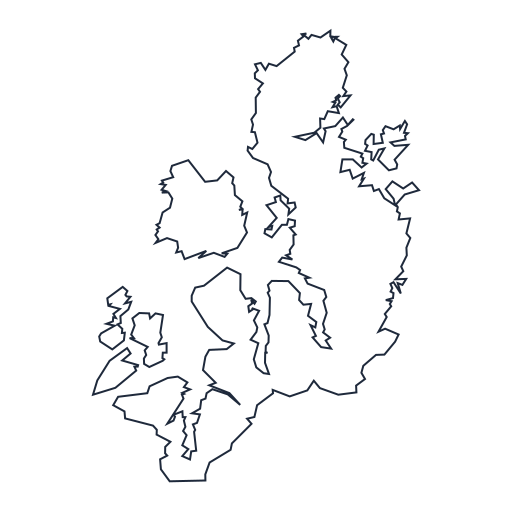 Øksnes nor, Nordland, Norway
{"feature_id": "86288312B99132950125054", "entity_name": "Øksnes nor", "entity_type": "district", "adm_level": 2, "iso_a3": "NOR", "parent_name": "Norway", "parent_adm1": "Nordland", "projection": "albers", "projection_center": [15.043, 68.874], "detail": "fine", "context": "isolated", "style": "outline", "palette": "slate", "viewbox_px": 512, "rotation_deg": 0, "n_neighbors": 0, "source": "geoboundaries", "source_scale": "gbopen_adm2", "svg_char_len": 6085}
<svg xmlns="http://www.w3.org/2000/svg" viewBox="0 0 512 512"><path d="M251.5,423.8L247.1,418.7L254.4,417.0L257.1,405.2L273.0,393.3L272.7,389.9L289.7,396.4L307.3,390.4L313.8,380.7L319.9,388.1L338.3,394.7L356.4,392.4L356.1,385.6L365.0,379.0L361.4,372.8L363.3,365.8L376.0,354.9L384.4,354.6L395.1,341.7L398.6,334.5L385.1,328.7L378.5,331.7L386.7,317.0L384.8,314.0L391.2,306.3L389.8,304.0L391.6,301.2L385.8,300.1L393.0,298.1L393.5,293.1L390.6,291.6L392.3,288.1L390.4,283.9L393.5,282.2L400.8,293.5L397.7,283.1L402.4,284.9L406.2,278.9L395.4,279.3L403.3,271.2L401.2,266.6L406.8,255.4L406.4,247.7L410.3,238.0L406.4,233.4L410.1,218.4L398.6,219.5L399.9,213.4L396.9,211.4L397.8,207.1L395.9,204.5L404.7,194.5L419.0,190.2L412.1,182.5L403.2,188.5L392.4,181.4L385.7,189.1L393.6,198.7L395.1,205.3L384.3,198.3L378.9,189.1L373.9,191.0L372.0,185.2L359.1,186.3L363.9,178.6L361.7,179.3L363.9,172.9L352.7,178.6L349.7,169.8L340.4,172.1L342.4,159.4L352.8,159.4L361.6,167.5L366.6,163.6L362.4,162.8L363.2,158.2L360.8,156.7L362.4,153.6L344.3,147.8L343.9,142.0L345.8,139.7L339.0,136.9L342.3,131.6L341.4,129.0L347.0,126.0L353.4,119.8L352.8,119.3L347.8,125.0L342.9,117.5L335.3,126.1L323.9,128.5L325.6,131.2L323.1,142.4L316.6,133.1L305.4,140.1L294.9,136.8L314.3,132.7L320.4,127.7L320.1,118.5L324.3,119.1L327.8,111.2L338.9,113.1L336.6,106.2L332.5,107.2L335.3,102.7L332.9,101.9L336.2,100.4L335.5,97.7L338.9,94.9L340.1,96.1L337.8,98.5L339.7,102.3L337.8,104.7L340.7,107.4L350.5,95.4L343.3,96.1L346.4,91.6L342.8,87.8L346.8,75.3L344.5,68.8L348.4,62.2L341.7,54.5L346.3,44.9L335.5,38.3L337.4,36.8L335.5,36.8L333.3,41.5L331.3,38.0L333.6,36.8L330.3,36.3L330.4,30.7L320.5,37.5L311.5,34.9L308.4,38.8L303.6,34.8L306.4,33.5L301.6,34.2L303.5,36.5L297.9,40.7L299.0,45.4L294.0,47.8L294.7,51.6L276.6,66.1L268.9,63.7L265.4,69.9L260.8,62.9L255.0,64.3L257.9,70.3L254.8,73.3L255.0,78.3L262.9,83.4L258.1,89.1L260.0,91.8L255.7,97.6L255.9,113.0L251.3,119.4L253.0,124.6L251.4,131.9L254.9,132.2L257.5,142.7L252.3,149.0L248.0,146.9L247.6,150.6L253.0,158.0L267.6,164.3L271.0,172.0L269.0,177.9L271.3,185.8L288.1,198.7L287.6,203.4L294.6,202.5L295.7,207.5L288.4,214.4L289.2,208.7L280.6,200.3L280.3,195.5L274.6,197.5L275.9,202.1L266.5,205.2L276.7,217.9L268.4,227.1L272.2,226.0L271.5,229.5L265.3,229.1L264.5,233.3L271.8,237.4L281.9,224.8L286.9,224.8L288.4,219.1L295.0,220.6L294.7,226.2L289.8,227.7L295.7,234.5L293.4,235.3L293.6,244.5L289.7,249.9L290.3,253.8L286.1,255.3L292.4,259.5L282.2,257.6L278.9,261.8L296.3,267.4L300.1,270.0L298.8,273.0L309.3,277.7L304.9,278.4L307.6,283.6L324.2,290.0L326.3,297.0L323.4,300.8L326.7,312.8L323.0,323.9L324.7,329.4L323.1,332.4L330.1,337.7L325.7,340.5L331.1,348.6L321.1,347.1L312.6,337.4L315.9,335.9L310.5,325.1L315.3,327.4L316.3,322.0L308.0,315.8L311.1,303.9L303.4,304.7L299.1,300.0L299.9,293.1L288.4,281.1L271.8,280.9L267.9,285.0L269.5,290.7L267.7,292.7L269.9,297.7L269.5,315.0L267.5,323.1L264.4,324.3L268.7,335.5L268.5,342.4L265.8,345.9L265.6,352.0L267.5,352.8L265.2,352.8L265.0,362.8L269.0,374.0L263.6,373.2L256.3,367.4L253.8,359.3L258.3,343.2L250.6,339.7L256.4,332.0L257.3,327.4L253.9,320.4L259.1,310.8L251.8,308.1L253.1,309.2L249.1,311.9L248.3,306.2L252.1,303.5L251.2,299.6L254.5,303.7L255.8,301.5L251.4,298.1L245.6,298.8L240.3,290.2L240.5,274.2L227.1,267.6L204.0,285.7L195.2,287.6L191.7,295.7L191.7,301.5L207.8,326.9L222.5,340.4L233.8,343.5L226.7,349.1L209.2,349.9L205.4,356.7L203.0,370.1L215.7,382.8L209.3,385.3L229.4,393.1L240.2,404.9L227.8,394.4L212.4,389.2L206.6,393.2L205.5,398.6L201.2,400.2L200.1,408.7L192.0,413.3L199.9,414.4L197.0,422.9L192.9,424.4L195.2,429.9L194.1,431.8L196.2,450.7L191.2,451.4L190.0,459.5L182.3,456.1L188.3,449.1L182.3,445.3L186.6,435.2L183.1,431.0L185.4,426.8L183.9,420.6L185.4,417.1L182.7,417.1L182.4,411.3L173.5,414.8L175.0,416.7L173.5,420.6L167.3,423.7L183.5,398.6L181.9,394.6L184.0,393.9L182.2,392.9L190.1,389.4L183.9,387.1L187.4,382.4L177.8,376.6L167.6,378.0L149.6,386.3L147.3,393.2L118.1,396.8L113.2,405.2L124.5,411.4L125.1,418.4L153.0,425.6L156.8,429.8L156.6,434.6L170.4,441.8L165.2,446.9L165.1,453.3L167.2,455.6L160.1,459.3L160.9,469.3L169.7,481.3L205.4,480.5L205.3,474.4L209.6,462.5L230.6,449.8L231.9,443.4L251.5,423.8ZM188.3,160.2L172.0,165.8L170.4,171.1L173.2,177.2L161.9,180.6L163.2,182.6L160.7,184.1L165.7,184.9L161.6,189.8L165.6,191.0L161.8,192.6L168.4,192.4L172.3,198.6L170.0,207.7L162.6,212.5L159.6,223.2L156.5,224.8L159.6,227.6L156.7,229.5L158.0,231.4L155.4,235.0L158.4,239.2L155.6,242.9L167.0,238.1L177.2,241.5L178.1,247.7L176.2,252.5L181.6,251.2L184.6,259.1L206.3,250.9L198.3,258.1L213.8,252.8L224.6,256.9L227.3,253.7L221.7,253.3L237.4,247.9L247.0,232.5L244.2,225.7L247.2,212.5L242.2,214.9L242.6,209.4L238.9,209.9L242.3,208.8L240.3,206.7L242.4,201.3L234.9,195.1L234.3,185.5L232.2,183.2L233.5,177.4L226.0,171.0L217.2,180.4L205.1,181.8L188.3,160.2ZM149.1,313.4L139.3,313.0L132.4,318.4L134.7,325.3L131.2,334.6L133.9,338.1L129.6,338.1L147.7,346.9L144.7,350.4L146.2,355.0L143.9,358.5L144.1,363.9L149.3,367.0L162.7,360.8L164.3,359.3L162.4,358.1L162.8,352.7L166.6,352.7L166.6,343.1L158.9,344.6L158.5,343.1L161.8,337.3L160.3,332.7L163.0,315.0L155.5,313.4L150.1,318.4L149.1,313.4ZM404.9,121.0L400.1,129.0L399.8,125.5L393.6,129.3L385.5,126.2L382.8,130.1L384.0,133.5L380.9,134.3L382.8,142.8L373.6,144.0L373.8,134.7L371.3,133.9L365.5,140.1L365.1,143.9L367.6,145.5L365.0,150.8L371.6,152.1L371.2,159.4L373.2,160.5L378.8,149.7L384.4,148.4L378.0,159.4L388.9,170.3L396.5,168.4L397.2,164.4L394.6,159.7L408.2,144.8L394.4,145.9L390.5,142.4L405.7,139.4L405.0,135.9L407.9,133.2L404.0,132.8L407.1,124.3L404.9,121.0ZM127.1,348.1L109.6,360.8L97.3,380.4L93.0,394.7L115.4,387.8L136.2,370.6L134.4,366.7L137.7,366.6L138.1,365.1L122.2,360.5L130.6,353.5L127.1,348.1ZM122.7,286.9L107.3,298.3L108.2,304.8L110.4,304.3L109.0,306.0L119.9,308.9L113.4,313.9L115.9,318.0L113.2,317.3L112.9,321.4L106.5,323.8L114.7,325.7L101.1,333.4L99.2,336.5L100.2,341.5L112.3,349.4L123.9,340.4L124.8,332.7L121.9,333.0L122.3,328.8L117.5,324.4L120.8,323.0L120.4,316.1L128.3,309.5L131.2,301.8L125.0,303.4L130.4,296.8L126.6,296.4L125.4,294.9L127.4,291.0L122.7,286.9Z" fill="none" stroke="#1e293b" stroke-width="2"/></svg>